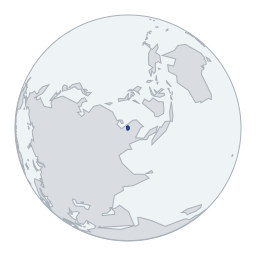 Savannakhét on an orthographic globe, rotated 261°
{"feature_id": "LAO-3282", "entity_name": "Savannakhét", "entity_type": "Province", "adm_level": 1, "iso_a3": "LAO", "parent_name": "Laos", "parent_adm1": "", "projection": "orthographic", "projection_center": [105.728, 16.499], "detail": "medium", "context": "on_globe", "style": "filled", "palette": "blue", "viewbox_px": 256, "rotation_deg": 261, "n_neighbors": 0, "source": "natural_earth", "source_scale": "10m", "svg_char_len": 10450}
<svg xmlns="http://www.w3.org/2000/svg" viewBox="0 0 256 256"><g transform="rotate(261 128 128)"><circle cx="128" cy="128" r="113" fill="#eef3f6" stroke="#a8b0b8"/><path d="M232.2,166.2L232.0,166.9L231.9,167.1L232.2,166.2ZM179.6,27.9L180.4,29.1L184.4,31.7L180.6,29.7L190.7,36.6L193.6,40.3L188.0,34.9L185.7,33.4L186.5,35.1L184.3,34.0L183.4,34.3L180.7,33.0L177.7,30.3L175.9,29.5L176.6,30.7L174.3,30.5L173.6,28.7L169.5,28.1L163.7,24.3L163.9,21.9L158.4,19.9L154.6,18.6L163.2,21.0L171.5,24.1L179.6,27.9ZM232.3,85.6L232.2,85.3L232.3,85.4L232.3,85.6ZM232.2,85.3L232.1,85.1L231.9,84.6L232.2,85.3ZM187.7,34.1L187.0,33.2L188.5,34.5L187.7,34.1ZM183.8,34.6L184.7,35.2L183.9,35.1L183.8,34.6ZM179.0,33.1L177.3,32.9L178.5,32.6L179.0,33.1ZM176.1,32.5L172.2,32.5L173.9,33.8L166.9,30.3L172.5,31.3L173.6,30.6L174.3,31.7L176.1,32.5ZM154.1,18.4L154.4,18.5L151.4,17.8L153.3,18.4L149.2,17.6L147.2,17.1L147.8,17.1L145.8,16.9L145.5,16.7L154.1,18.4ZM163.7,28.6L162.3,28.3L163.2,28.1L163.7,28.6ZM143.4,16.4L143.7,16.5L140.4,16.1L141.3,16.2L143.4,16.4ZM155.7,19.1L152.1,18.5L151.6,18.5L149.1,17.6L155.7,19.1ZM140.0,16.0L140.3,16.0L138.6,15.9L136.8,15.7L138.9,15.9L140.0,16.0ZM145.2,16.7L145.3,16.8L144.2,16.6L145.2,16.7ZM131.5,15.4L130.9,15.4L131.5,15.4ZM138.2,15.9L138.8,16.0L139.2,16.0L137.8,15.9L138.2,15.9ZM146.9,17.3L145.6,17.1L147.8,17.6L145.3,17.4L144.1,16.9L143.6,17.0L142.9,16.9L142.7,16.6L146.9,17.3ZM137.6,16.1L135.2,15.7L131.3,15.5L130.8,15.4L137.2,15.8L137.6,16.1ZM140.6,16.4L138.6,16.2L139.0,16.1L140.7,16.2L140.6,16.4ZM144.1,17.4L148.1,18.0L148.3,18.1L144.1,17.4ZM136.4,16.1L137.0,16.2L136.0,16.0L136.4,16.1ZM141.6,16.9L143.0,17.1L141.6,16.9ZM137.0,16.4L136.2,16.2L137.3,16.2L137.0,16.4ZM139.0,16.7L138.8,16.8L138.1,16.3L139.7,16.7L139.0,16.7ZM141.5,17.0L142.0,17.2L140.9,17.0L141.5,17.0ZM133.3,16.6L132.2,16.1L134.5,16.0L135.3,16.5L133.3,16.6ZM39.4,58.4L39.0,59.7L38.2,61.1L34.8,65.4L30.9,75.2L33.9,72.1L33.9,78.8L36.2,80.9L43.3,72.5L39.6,68.8L42.5,63.8L48.3,63.0L52.1,66.8L53.4,65.0L53.9,59.4L57.8,57.3L54.5,57.2L53.6,59.4L51.5,59.6L52.2,57.7L53.5,56.9L53.2,55.2L46.9,59.8L45.3,62.5L42.7,61.1L39.8,65.7L38.0,66.9L42.2,59.8L44.1,57.7L49.5,49.6L47.2,51.6L42.0,59.5L42.3,58.4L39.2,61.7L41.8,58.4L48.0,49.8L47.7,49.1L45.4,51.4L51.5,45.4L53.2,43.8L56.3,41.1L58.0,39.8L57.0,40.6L58.7,39.3L58.1,40.0L61.6,38.0L61.6,38.6L67.3,35.1L68.1,35.1L64.5,37.1L62.0,39.0L62.6,41.4L64.0,41.1L67.6,38.8L67.4,39.9L70.8,37.4L73.3,38.1L73.2,35.3L77.5,33.1L81.3,32.3L82.7,31.2L76.5,32.5L74.0,33.6L71.9,35.2L65.2,38.4L64.1,38.3L71.0,33.4L70.2,32.9L76.0,29.9L89.2,27.3L92.5,28.0L89.0,33.5L85.7,34.3L85.4,32.7L81.7,36.2L83.9,34.9L83.7,36.1L87.7,34.6L87.7,35.4L91.6,32.9L92.0,33.7L89.6,35.3L96.0,34.4L98.1,35.9L99.6,35.4L100.5,34.4L102.6,37.3L103.5,36.8L103.2,35.6L104.9,33.9L108.8,32.3L109.3,33.4L108.0,34.1L106.0,37.6L102.4,39.7L103.0,40.0L106.2,38.4L108.7,34.2L110.8,32.9L110.2,34.8L110.6,34.0L111.8,33.7L113.5,34.6L114.5,32.5L127.4,29.3L132.0,31.0L130.0,32.8L139.5,32.8L144.0,35.5L143.7,34.3L148.1,34.0L146.7,33.1L146.9,32.6L157.6,32.2L160.5,33.3L164.7,32.5L164.6,32.0L162.7,31.1L166.9,30.3L173.9,33.8L173.9,34.7L178.2,36.6L177.6,38.7L179.1,41.5L175.9,43.1L177.3,45.5L178.9,46.0L182.0,49.9L183.1,56.7L175.4,48.9L172.4,39.8L173.0,43.1L170.9,41.8L169.9,42.8L170.5,45.4L171.8,46.0L162.4,48.6L159.9,55.9L165.0,55.9L168.2,58.5L169.8,68.5L160.2,81.8L164.3,86.8L164.6,90.0L160.9,91.7L160.5,87.0L156.8,85.1L157.1,82.5L151.2,84.2L151.3,80.5L146.6,84.0L148.4,87.1L153.6,86.7L149.4,91.7L154.7,97.4L155.3,104.0L146.3,115.2L137.2,118.3L136.7,120.4L133.1,117.7L128.3,121.6L134.9,134.0L134.7,137.4L126.9,143.5L126.7,140.9L117.2,133.9L115.4,142.0L122.6,149.4L125.1,157.5L119.5,154.7L117.0,147.5L113.6,144.8L114.6,137.7L112.0,126.8L106.3,128.3L106.8,124.0L102.3,114.8L94.3,116.6L81.5,126.2L79.7,136.9L75.3,141.0L70.3,124.3L70.7,113.6L67.2,113.9L63.5,104.0L52.2,100.3L52.1,97.3L49.6,97.9L47.2,94.1L47.6,89.4L45.5,88.8L44.8,101.2L47.3,101.9L51.4,98.6L50.6,102.8L53.1,107.6L45.0,115.5L30.7,118.9L31.8,110.7L34.0,86.3L35.3,84.2L35.6,83.5L33.2,86.7L34.4,82.2L30.6,98.2L28.9,104.8L30.5,119.3L29.7,120.2L31.0,123.6L38.2,123.6L37.7,126.2L32.7,137.0L25.0,149.5L27.5,161.3L29.4,170.6L27.8,174.4L31.2,182.0L30.9,183.2L33.0,187.3L34.6,190.6L35.6,192.4L31.2,185.7L27.4,178.7L24.1,171.4L21.3,164.0L19.0,156.4L17.3,148.6L16.1,140.7L15.5,132.7L15.4,124.8L15.9,116.8L17.0,108.9L18.6,101.1L20.8,93.4L23.5,85.9L26.7,78.7L30.5,71.6L34.7,64.9L39.4,58.4ZM53.5,76.1L57.5,78.5L60.1,71.9L61.9,72.4L62.2,70.2L60.3,71.5L61.6,65.6L64.9,64.9L66.7,62.5L65.5,61.6L59.2,63.9L57.3,72.1L54.5,73.9L53.5,76.1ZM68.4,32.4L68.9,32.2L67.2,33.2L65.3,34.5L68.4,32.4ZM61.0,37.4L61.6,37.0L63.2,35.8L65.3,34.6L72.2,30.3L72.5,30.4L71.1,31.0L70.6,31.5L68.3,32.7L61.8,37.3L59.7,38.8L60.7,37.6L61.0,37.4ZM89.4,22.2L92.4,21.1L89.1,22.6L86.7,23.4L88.3,22.6L89.4,22.2ZM136.5,15.7L135.8,15.6L134.3,15.5L134.5,15.5L136.5,15.7ZM133.3,15.5L132.4,15.4L133.3,15.5ZM116.7,15.9L120.4,15.7L125.3,15.5L126.7,15.6L124.8,15.7L127.6,15.7L124.9,16.0L125.9,16.1L124.2,16.7L119.9,17.1L121.3,17.3L120.1,17.9L116.5,18.5L117.7,17.8L112.9,19.0L112.4,18.4L111.9,18.6L110.1,18.5L107.0,18.7L107.3,18.4L106.0,18.7L104.8,18.7L103.1,19.1L103.0,18.7L100.9,19.1L102.0,18.8L98.4,19.6L101.0,18.9L99.7,19.1L97.9,19.7L99.6,19.0L108.1,17.1L116.7,15.9ZM132.7,16.8L127.7,17.0L124.9,16.9L129.0,15.9L128.4,15.8L130.9,15.5L134.9,15.8L133.8,15.8L133.7,15.9L132.5,15.8L133.4,15.9L131.9,16.1L132.2,16.3L130.5,16.2L132.7,16.8ZM39.5,59.9L39.3,60.6L39.5,61.1L37.6,63.3L39.5,59.9ZM43.7,54.0L43.8,54.1L41.2,57.2L41.4,56.6L43.7,54.0ZM46.1,51.7L44.0,53.9L45.3,52.4L46.1,51.7ZM64.9,37.2L65.3,37.3L64.5,37.9L63.2,38.6L64.9,37.2ZM102.3,23.0L103.4,22.4L104.1,22.3L107.9,21.2L108.5,21.7L106.5,22.6L102.3,23.0ZM41.4,73.4L39.4,74.5L39.7,73.3L40.3,73.2L41.4,73.4ZM37.4,68.6L37.3,70.8L36.9,69.2L37.4,68.6ZM103.7,23.4L105.2,22.8L104.6,23.5L103.7,23.4ZM109.2,22.1L109.0,22.7L109.1,21.7L109.2,22.1ZM83.4,226.0L85.8,227.2L84.2,227.0L83.4,226.0ZM38.7,174.0L40.8,188.6L38.1,187.4L35.4,182.3L33.1,172.9L35.5,171.6L36.1,167.8L38.7,174.0ZM153.4,176.6L156.8,177.1L156.7,177.6L153.4,176.6ZM149.9,174.9L153.8,175.1L149.2,176.0L149.9,174.9ZM155.3,175.2L159.2,174.3L160.9,173.5L160.6,174.5L155.3,175.2ZM147.3,174.9L133.0,174.3L127.3,172.6L128.6,170.9L137.8,171.8L147.3,174.9ZM128.2,170.8L119.5,165.1L107.7,149.0L111.9,149.7L124.3,159.8L123.5,161.3L128.7,165.7L128.2,170.8ZM149.2,162.2L148.3,166.9L140.4,166.3L136.8,165.4L134.3,159.2L135.7,156.1L138.7,156.3L150.1,146.1L154.1,148.8L150.6,153.2L153.8,157.4L149.2,162.2ZM80.1,138.0L82.3,144.8L80.0,145.5L80.1,138.0ZM154.7,138.7L150.1,143.3L154.3,137.2L154.7,138.7ZM157.2,132.9L157.5,135.3L155.6,133.0L157.2,132.9ZM136.6,123.6L133.5,124.0L133.4,122.3L137.3,120.9L136.6,123.6ZM155.7,109.7L155.7,114.6L155.1,116.2L153.6,113.2L155.7,109.7ZM111.7,29.1L105.6,29.9L101.8,31.3L100.3,33.1L99.8,31.0L105.8,28.9L111.7,29.1ZM125.4,29.0L126.7,27.8L127.9,28.3L127.7,28.7L125.4,29.0ZM125.0,28.2L123.3,26.7L125.1,26.0L126.1,27.4L125.0,28.2ZM113.2,24.4L111.4,24.6L111.9,24.0L113.2,24.4ZM205.9,208.5L206.2,208.7L203.0,211.7L199.0,215.0L196.1,216.7L205.9,208.5ZM180.8,220.1L181.8,217.3L185.6,216.5L183.1,219.2L180.8,220.1ZM208.6,205.9L211.5,202.7L213.7,199.3L212.1,202.2L213.1,201.5L206.8,208.2L208.6,205.9ZM169.5,209.0L147.6,215.6L143.1,214.8L144.7,212.2L141.4,204.0L142.9,204.2L142.5,198.6L155.7,193.5L165.3,183.7L172.1,184.2L177.5,176.9L184.4,177.1L182.0,182.8L188.8,186.0L194.3,173.2L197.4,186.0L201.6,190.1L201.6,197.8L190.4,211.8L184.9,214.9L184.3,213.9L181.9,215.4L178.8,215.2L177.9,211.3L175.5,212.7L178.2,209.4L174.6,212.4L173.3,209.9L169.5,209.0ZM218.0,180.9L218.7,181.1L219.6,182.9L218.4,182.9L218.0,180.9ZM230.2,169.7L230.3,170.6L229.6,171.2L230.2,169.7ZM231.9,167.1L231.1,168.0L232.2,166.2L231.9,167.1ZM223.2,172.3L223.5,173.0L223.1,173.3L223.2,172.3ZM222.9,172.1L223.5,170.6L223.3,172.0L222.9,172.1ZM219.7,165.9L220.2,165.1L220.4,165.6L219.7,165.9ZM161.8,177.2L166.5,173.5L169.0,173.2L161.8,177.2ZM219.0,164.5L217.7,164.7L217.9,163.9L219.0,164.5ZM219.2,162.8L219.1,161.9L219.8,164.1L219.2,162.8ZM216.8,161.0L218.3,162.5L216.6,161.3L216.8,161.0ZM215.8,161.4L214.6,160.8L214.7,160.5L215.8,161.4ZM201.7,164.5L206.2,170.1L202.5,170.3L198.3,167.0L194.7,170.7L186.9,170.7L188.8,168.4L187.8,165.1L179.5,164.1L177.8,162.0L180.8,160.4L175.2,158.8L181.3,157.6L183.8,162.1L187.2,158.4L193.0,159.0L198.5,160.1L202.8,163.1L201.7,164.5ZM181.2,167.5L182.3,167.5L181.3,168.9L181.2,167.5ZM212.4,158.7L214.1,160.6L213.9,161.2L213.0,161.0L212.4,158.7ZM203.8,162.2L208.6,158.1L209.6,158.0L206.5,162.6L203.8,162.2ZM207.5,155.8L209.6,156.1L210.7,158.1L210.2,158.7L207.5,155.8ZM168.8,163.7L168.5,164.9L166.9,163.9L168.8,163.7ZM170.9,162.9L175.7,164.2L170.4,164.0L170.9,162.9ZM156.1,158.5L157.5,161.5L162.1,159.6L158.6,162.4L161.7,167.2L160.6,169.1L157.6,163.8L156.5,169.2L154.4,169.1L153.4,164.4L155.4,158.7L157.4,156.4L165.6,155.5L156.1,158.5ZM170.9,159.3L169.6,155.8L170.5,153.5L171.9,155.3L170.9,159.3ZM165.7,147.5L162.3,143.4L159.2,145.0L165.4,139.4L167.7,144.2L165.7,147.5ZM162.7,138.6L159.8,140.0L162.8,136.7L162.7,138.6ZM159.0,138.6L158.7,135.8L161.0,136.2L159.0,138.6ZM164.2,138.8L164.7,134.0L165.9,136.8L164.2,138.8ZM157.6,129.5L162.6,134.2L156.1,132.1L155.6,123.0L158.4,122.9L157.6,129.5ZM171.5,93.6L170.6,91.1L173.1,90.5L172.9,92.4L171.5,93.6ZM180.2,87.4L173.4,89.6L167.9,91.8L169.7,93.0L168.7,97.2L165.8,93.2L169.5,88.6L173.8,87.8L174.1,84.4L177.1,82.1L176.0,77.9L177.2,76.1L179.5,79.8L180.2,87.4ZM175.4,76.1L174.6,69.0L179.3,70.1L180.5,71.9L178.9,74.6L176.5,73.8L175.4,76.1ZM175.8,67.6L173.5,66.9L167.5,56.9L167.4,55.1L174.5,62.9L172.7,62.7L173.3,65.1L175.8,67.6ZM162.9,28.9L162.4,28.3L163.6,28.8L162.9,28.9ZM146.1,32.1L146.6,31.4L148.0,31.9L146.1,32.1ZM148.6,29.9L146.7,29.8L148.5,29.5L148.6,29.9ZM142.4,29.8L145.8,29.6L142.9,30.5L142.4,29.8Z" fill="#d9dde1" stroke="#a8b0b8" stroke-width="1"/><path d="M126.2,127.4L126.2,127.2L126.3,127.2L126.2,127.0L126.3,126.9L126.5,126.9L126.8,126.9L127.0,126.8L127.3,126.9L127.5,126.8L127.8,126.9L128.0,126.8L128.3,126.9L128.5,126.9L128.8,126.8L129.0,126.9L129.0,127.0L129.3,127.0L129.5,127.0L129.5,127.6L129.6,127.8L129.7,128.0L129.8,128.1L130.0,128.1L130.0,128.3L129.9,128.3L129.7,128.4L129.7,128.5L129.4,128.7L129.2,128.7L129.1,128.8L129.0,128.7L128.9,128.6L128.7,128.7L128.8,128.8L128.8,129.0L128.7,129.0L128.4,129.1L128.2,129.2L127.9,129.1L127.7,129.0L127.4,129.0L127.4,128.9L127.2,128.9L126.8,128.8L126.7,128.7L126.7,128.4L126.4,128.1L126.2,128.0L126.2,127.9L126.2,127.6L126.2,127.4Z" fill="#3b82f6" stroke="#1e3a8a" stroke-width="1.5"/></g></svg>